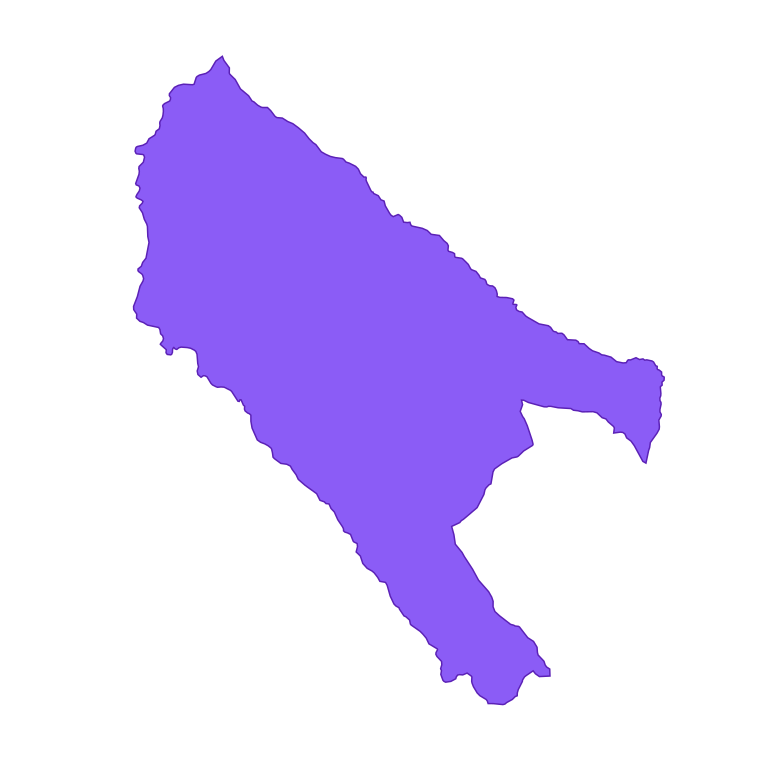 Albán (San José), Nariño, Colombia (Mercator projection), rotated 98°
{"feature_id": "7082276B58803331462787", "entity_name": "Albán (San José)", "entity_type": "district", "adm_level": 2, "iso_a3": "COL", "parent_name": "Colombia", "parent_adm1": "Nariño", "projection": "mercator", "projection_center": [-77.067, 1.474], "detail": "fine", "context": "isolated", "style": "filled", "palette": "violet", "viewbox_px": 768, "rotation_deg": 98, "n_neighbors": 0, "source": "geoboundaries", "source_scale": "gbopen_adm2", "svg_char_len": 6161}
<svg xmlns="http://www.w3.org/2000/svg" viewBox="0 0 768 768"><g transform="rotate(98 384 384)"><path d="M82.0,589.7L87.6,595.5L96.8,599.3L98.9,600.9L101.2,603.5L103.8,609.8L105.5,611.9L106.6,612.6L113.6,613.8L114.3,615.4L115.0,624.3L116.9,629.2L119.4,632.8L126.4,636.9L128.3,636.7L130.1,635.2L131.8,635.1L133.6,635.6L136.9,640.4L138.6,641.7L139.5,641.9L142.0,640.9L144.9,640.4L148.6,640.3L151.3,640.6L155.2,642.3L156.7,642.4L159.3,641.8L162.5,642.0L165.4,644.9L168.7,645.3L169.7,645.9L173.8,650.8L178.5,652.5L181.1,656.0L183.1,661.2L183.8,662.2L184.9,662.7L188.1,662.9L190.0,661.8L190.5,661.0L190.3,654.8L190.6,653.9L192.7,652.7L197.9,653.2L202.7,656.8L204.7,656.8L207.4,655.9L210.4,655.8L220.0,657.8L221.3,657.1L222.0,654.2L224.0,652.9L226.9,653.2L230.6,655.0L232.9,655.7L233.7,655.3L234.4,653.9L235.5,650.0L236.6,648.1L238.5,648.5L241.6,650.8L243.6,650.9L248.1,647.0L254.2,644.3L258.6,641.2L260.9,640.2L270.9,638.4L276.5,636.4L292.5,637.2L297.2,639.9L301.2,640.7L304.3,643.6L306.0,643.4L306.8,642.7L308.8,639.1L309.9,638.1L313.1,636.7L315.6,637.0L321.2,639.2L331.7,640.4L342.0,642.8L345.2,642.2L349.2,638.6L353.2,638.2L355.9,634.4L356.6,630.8L358.6,626.4L359.4,615.0L361.2,613.5L365.4,612.2L367.1,609.9L369.7,608.7L372.1,609.0L375.1,610.9L375.9,611.0L380.3,604.4L383.4,604.2L384.9,602.8L384.8,599.2L384.1,598.4L382.1,597.9L379.4,598.2L378.0,597.9L377.1,597.2L378.4,595.6L378.6,594.0L376.6,592.1L375.7,590.0L375.3,583.9L375.5,580.5L376.9,576.5L377.9,574.9L380.6,573.3L389.6,571.3L392.7,570.1L397.1,570.8L400.5,569.6L402.8,566.1L400.9,564.0L400.8,562.3L401.5,560.3L407.4,555.5L408.8,553.7L410.1,549.9L410.4,548.4L409.6,545.0L409.4,541.9L411.6,535.3L412.5,533.9L421.4,526.2L421.4,524.9L419.6,524.4L419.6,523.3L424.5,520.3L425.4,518.9L428.3,518.7L430.0,517.8L431.7,515.0L432.2,513.1L433.4,511.5L439.5,510.6L446.0,508.5L457.0,501.7L458.9,498.1L459.9,493.7L461.3,490.1L463.1,487.1L464.0,486.3L467.6,484.9L471.9,483.7L473.2,482.1L477.0,475.1L477.0,469.1L478.3,465.3L481.3,463.1L486.1,458.4L490.4,455.6L495.4,447.9L502.0,435.4L508.1,431.2L509.0,426.7L510.5,424.8L510.4,421.8L514.7,419.1L517.6,415.4L524.8,410.9L531.2,405.2L533.0,404.0L535.1,403.6L536.1,402.1L536.5,399.5L537.6,396.2L544.0,392.6L544.6,391.8L545.7,388.4L548.7,387.6L554.2,388.2L557.6,383.5L564.7,380.0L568.9,375.0L570.9,369.8L572.4,367.4L576.4,363.3L580.0,360.6L580.2,355.2L580.7,354.5L583.0,352.8L593.2,348.3L600.5,343.5L602.2,341.3L603.4,338.1L605.0,337.2L610.9,331.9L611.4,330.0L614.2,325.8L618.0,324.5L618.9,323.6L623.9,313.8L626.2,310.8L629.8,306.8L635.1,303.3L638.9,294.3L639.7,294.0L642.7,295.1L644.5,295.0L646.5,293.6L650.7,288.4L654.0,287.7L658.1,288.3L659.8,287.2L663.7,287.3L669.2,284.4L670.1,283.3L670.7,281.5L669.2,276.4L665.9,271.9L664.1,271.7L662.0,270.6L661.3,268.8L661.1,265.5L658.7,261.5L661.0,257.0L661.9,256.2L666.2,255.8L667.9,255.2L671.3,253.3L677.0,248.7L679.3,245.7L682.2,238.9L683.5,237.6L686.0,236.4L685.3,231.3L684.9,221.6L684.1,219.7L682.4,218.2L678.5,213.0L675.2,210.5L674.2,208.7L671.3,209.0L667.9,208.5L659.4,205.6L657.9,205.6L654.5,204.1L653.0,202.7L647.3,196.4L649.9,193.7L652.1,189.4L650.1,179.0L643.2,180.2L641.6,183.6L639.8,185.3L636.3,187.0L630.9,193.7L628.5,194.7L623.4,195.8L618.1,200.1L615.2,206.4L605.8,216.0L605.3,217.1L605.4,220.5L604.8,221.9L604.4,225.2L597.3,237.6L593.9,242.5L589.4,245.0L584.0,245.7L582.4,246.5L580.0,247.7L575.1,251.5L565.1,263.1L555.1,270.5L543.9,280.3L539.9,283.3L532.7,291.1L523.5,293.8L515.6,297.2L510.7,289.7L508.5,288.4L506.9,286.5L493.5,274.6L479.5,269.7L474.7,269.3L472.7,268.5L469.2,266.0L468.0,264.2L455.9,263.8L452.7,262.7L446.5,256.2L439.4,247.0L437.7,242.2L436.8,241.0L430.9,236.4L424.1,228.3L422.9,228.0L419.1,229.5L405.4,236.3L398.9,240.3L396.9,242.2L392.2,245.3L385.2,243.9L380.8,245.6L380.6,243.4L382.2,238.5L384.3,222.3L384.0,219.5L383.2,218.1L382.9,215.6L383.3,208.3L382.3,195.5L383.6,192.7L383.5,188.1L384.0,183.8L382.3,173.1L382.9,169.1L387.0,163.3L387.7,159.4L390.4,156.6L394.1,150.8L395.4,149.8L400.6,149.7L398.8,143.4L398.7,140.8L399.9,138.5L403.6,136.2L406.2,131.4L410.3,127.5L424.6,116.9L425.9,113.6L413.0,112.7L410.1,112.1L404.9,112.1L394.7,106.8L390.4,105.2L388.0,105.3L381.5,106.8L377.1,105.1L375.5,105.2L373.3,106.8L372.3,107.0L370.8,107.2L365.5,106.8L363.6,107.2L362.0,108.4L359.5,108.9L357.2,108.3L354.8,108.5L348.8,109.9L348.1,109.9L346.4,108.4L343.5,109.0L341.3,107.2L338.6,107.4L337.8,107.9L337.5,109.4L336.4,110.3L333.5,110.8L331.9,113.4L331.5,115.2L330.6,115.7L328.5,115.9L328.1,117.5L324.7,120.1L323.9,121.8L323.5,127.1L324.1,129.1L323.1,131.0L324.2,134.4L322.9,138.1L325.9,143.3L326.0,145.2L326.6,146.0L329.2,147.1L329.9,150.2L329.5,156.8L325.8,162.9L324.8,169.6L324.8,172.5L323.4,175.4L322.1,182.1L320.3,185.7L316.3,191.5L316.9,196.3L315.0,197.7L313.9,200.1L314.6,208.5L310.2,212.7L309.0,214.9L309.7,219.1L308.6,220.5L308.3,223.2L307.8,224.1L304.7,226.9L303.4,229.4L302.9,238.8L298.1,250.8L296.9,253.2L293.5,257.2L293.3,260.5L292.1,263.1L289.7,264.1L287.3,263.4L286.9,264.0L287.1,267.2L286.5,267.6L282.8,267.0L281.7,268.5L281.3,274.5L282.1,281.4L281.6,284.2L279.1,284.4L275.9,285.7L273.2,287.6L271.8,290.1L272.0,293.1L271.1,295.5L270.4,296.3L268.0,297.3L266.4,298.7L265.5,303.3L262.8,305.3L259.7,308.6L258.6,313.2L257.8,314.3L253.8,317.2L249.1,323.5L248.7,324.6L248.6,331.0L248.1,331.6L245.1,332.3L244.2,334.4L243.6,338.5L242.6,339.3L238.2,339.5L236.0,341.0L233.7,344.7L229.2,349.8L229.2,358.1L226.0,362.5L224.5,367.7L223.7,378.2L222.6,379.7L220.2,380.8L220.9,383.3L221.0,387.1L216.5,389.5L214.7,392.1L214.2,393.6L217.0,398.2L215.8,400.6L214.1,402.3L207.4,407.5L202.8,409.4L202.0,412.7L198.3,415.9L196.8,420.8L195.5,421.6L195.5,422.5L194.4,423.8L186.0,429.4L184.4,430.2L182.3,430.3L181.6,430.8L181.9,432.7L179.1,436.5L174.8,439.3L172.4,442.4L170.1,449.2L169.5,452.5L167.0,455.4L166.5,456.7L166.6,463.7L166.1,468.8L164.6,473.9L162.8,478.4L156.4,484.8L154.9,487.9L151.5,492.4L146.5,497.6L142.2,504.4L138.9,510.5L137.5,515.8L134.8,521.7L135.1,527.2L134.1,529.2L129.1,534.2L126.4,537.9L127.1,542.7L126.9,544.4L125.5,547.9L122.7,552.1L122.1,554.1L117.4,558.2L111.8,567.2L103.2,573.7L98.6,579.9L97.6,580.5L92.5,581.1L85.8,587.6L82.0,589.7Z" fill="#8b5cf6" stroke="#5b21b6" stroke-width="1.5"/></g></svg>